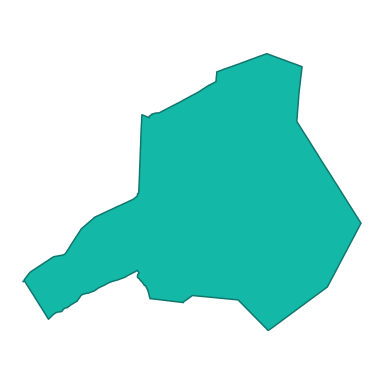 outline of Ooststellingwerf, Friesland, Netherlands
{"feature_id": "6326949B66213394722259", "entity_name": "Ooststellingwerf", "entity_type": "district", "adm_level": 2, "iso_a3": "NLD", "parent_name": "Netherlands", "parent_adm1": "Friesland", "projection": "mercator", "projection_center": [6.224, 52.991], "detail": "fine", "context": "isolated", "style": "filled", "palette": "teal", "viewbox_px": 384, "rotation_deg": 0, "n_neighbors": 0, "source": "geoboundaries", "source_scale": "gbopen_adm2", "svg_char_len": 5024}
<svg xmlns="http://www.w3.org/2000/svg" viewBox="0 0 384 384"><path d="M23.0,281.4L23.2,281.6L23.4,281.4L23.7,281.4L23.8,281.4L24.0,281.3L24.1,281.2L24.5,281.1L24.6,281.3L25.1,281.9L26.9,284.8L27.0,285.0L28.1,286.7L28.2,286.9L32.6,293.8L34.3,296.5L34.7,297.2L44.3,312.5L45.9,315.0L47.0,316.9L48.4,319.1L49.0,318.7L49.5,318.3L49.9,317.9L50.1,317.7L51.2,316.5L51.4,316.4L51.5,316.3L51.8,315.9L52.4,315.3L52.9,314.9L53.9,314.1L54.6,313.6L54.8,313.4L55.1,313.3L55.3,313.1L56.0,312.8L56.9,312.4L57.1,312.3L57.6,312.2L58.3,312.0L60.8,311.7L61.1,311.7L61.6,311.4L62.0,311.2L63.3,309.5L63.6,309.1L63.9,308.8L64.2,308.6L64.4,308.4L64.7,308.3L64.9,308.1L65.4,308.0L65.9,307.9L66.7,307.8L67.0,307.7L67.5,307.5L67.7,307.3L68.5,306.7L69.0,306.4L69.3,306.1L69.8,305.6L70.2,305.3L72.2,304.1L75.8,301.9L76.2,301.6L76.4,301.6L76.7,301.4L77.1,301.1L77.4,300.7L78.2,299.5L78.3,299.4L78.6,299.0L79.0,298.5L80.8,295.8L81.1,295.4L81.4,295.2L81.7,295.0L82.2,294.7L82.6,294.5L82.9,294.4L83.8,294.1L86.7,293.3L86.9,293.3L87.1,293.3L87.8,293.2L88.1,293.2L88.4,293.1L89.5,292.7L91.0,292.1L91.8,291.8L94.3,290.9L94.8,290.6L98.0,288.3L98.6,287.9L99.8,287.3L101.5,286.5L102.0,286.3L102.4,286.1L102.5,286.0L102.8,285.9L105.1,284.8L106.0,284.3L107.5,283.4L108.5,283.0L109.6,282.4L110.8,282.0L111.8,281.6L112.3,281.4L113.5,281.1L117.4,280.0L118.7,279.6L120.4,278.9L121.5,278.5L123.2,277.9L124.1,277.6L125.1,277.2L126.0,276.6L127.0,275.9L128.1,275.3L131.0,273.8L132.9,272.9L133.7,272.5L134.1,272.3L134.8,271.9L135.2,271.7L136.6,270.8L136.9,270.6L137.1,270.4L139.1,272.9L139.0,273.0L138.8,273.2L138.2,274.0L137.7,274.5L137.7,274.8L137.6,275.8L137.4,276.4L137.4,276.7L137.4,276.8L137.4,277.0L137.6,277.2L138.3,278.2L139.0,278.4L139.0,278.5L139.9,279.7L140.1,280.0L140.3,280.3L142.5,282.5L142.8,283.1L143.2,283.6L144.2,285.1L144.3,285.3L144.5,285.5L145.5,285.6L145.7,285.9L146.0,286.5L146.2,286.8L146.5,287.6L146.7,287.9L146.8,288.0L146.9,288.3L147.0,288.3L147.1,288.5L147.2,288.8L147.2,289.0L147.3,289.0L147.6,289.7L147.6,289.8L147.8,290.3L147.8,290.6L147.9,290.8L148.0,291.1L148.2,291.8L148.4,292.4L148.5,292.7L148.7,293.6L149.0,294.4L149.2,295.5L149.3,296.0L149.4,296.3L149.6,297.0L150.0,298.6L160.6,299.8L162.0,300.0L162.9,300.1L163.7,300.2L164.4,300.3L165.5,300.4L166.8,300.6L168.8,300.8L172.1,301.2L173.7,301.4L176.1,301.7L179.6,302.1L183.2,302.6L183.4,302.0L187.9,298.8L192.4,295.5L197.4,296.0L206.1,296.8L217.7,297.9L218.6,298.0L238.1,299.9L268.0,330.3L269.1,330.0L327.3,287.0L337.9,267.0L344.0,255.4L344.2,255.0L361.0,223.2L348.4,203.3L343.8,196.0L336.5,184.3L335.6,183.0L330.2,174.4L327.6,170.3L326.3,168.3L325.1,166.5L318.7,156.3L318.3,155.7L317.9,154.9L313.5,148.0L308.2,139.4L306.7,137.1L304.7,134.0L298.8,124.6L297.5,122.6L296.8,121.4L297.1,117.6L297.9,107.0L298.3,102.7L298.4,100.8L299.1,92.0L299.7,86.7L300.3,81.7L300.4,80.8L300.5,80.3L300.6,78.9L300.9,76.8L300.9,76.7L301.8,69.0L302.0,66.7L296.5,64.6L289.3,62.0L285.8,60.7L266.8,53.7L262.5,55.2L262.4,55.3L258.3,56.7L254.9,58.0L250.9,59.5L249.8,59.8L249.1,60.1L248.4,60.4L245.3,61.6L243.3,62.3L240.8,63.2L239.8,63.6L239.5,63.7L238.3,64.2L237.8,64.3L233.1,66.0L229.8,67.2L224.5,69.0L220.8,70.4L217.9,71.5L216.8,71.9L216.7,73.5L216.6,74.5L216.3,77.4L216.2,79.1L216.1,79.5L216.0,81.7L214.8,82.3L213.2,83.1L210.8,84.4L210.6,84.6L210.1,84.8L210.1,85.1L209.8,85.0L209.5,85.1L209.2,85.1L208.8,85.3L207.7,86.0L205.5,87.5L203.4,88.8L202.5,89.3L202.3,89.4L201.8,90.0L201.4,90.2L197.3,92.7L191.0,96.0L189.0,97.1L188.0,97.6L187.5,97.9L182.5,100.6L182.4,100.8L179.5,102.3L178.2,103.0L177.8,103.1L175.2,104.5L172.7,105.8L171.1,106.6L167.3,108.6L166.7,108.9L159.4,112.7L159.1,112.9L158.9,112.9L158.5,113.0L157.6,112.9L157.2,112.9L156.0,113.1L154.6,113.3L154.0,113.5L153.1,113.8L151.5,114.4L151.4,114.4L151.4,114.6L151.6,114.8L151.4,114.9L149.3,116.2L149.2,117.7L145.7,116.3L144.4,115.7L142.3,114.9L141.9,114.9L141.9,115.5L141.7,118.2L141.6,121.8L141.5,123.2L141.4,124.3L141.4,124.9L140.9,135.5L140.9,137.4L140.8,138.5L140.7,140.7L140.7,142.1L140.6,145.7L140.5,147.5L140.4,148.5L140.4,150.7L140.4,151.3L140.2,155.2L140.1,157.5L140.0,160.6L140.0,161.1L139.9,163.6L139.6,169.9L139.5,174.7L139.4,176.8L139.1,184.3L138.7,193.0L137.5,194.0L137.4,195.1L137.4,195.9L134.9,198.0L134.3,198.5L133.8,198.8L133.2,199.2L132.9,199.4L132.3,199.7L119.2,205.8L118.4,206.1L117.3,206.6L109.5,210.3L96.2,216.5L95.8,216.7L95.2,217.0L94.8,217.2L94.5,217.5L94.1,217.7L93.1,218.7L90.3,221.1L89.2,222.0L88.7,222.5L88.1,223.0L82.4,227.9L81.8,228.4L81.4,228.9L80.9,229.4L80.4,230.3L71.7,243.7L69.9,246.6L68.0,249.7L66.8,251.5L66.2,252.5L65.9,252.8L65.6,253.2L65.5,253.4L65.1,253.7L64.5,254.2L64.1,254.5L63.6,254.7L63.2,254.9L62.7,255.1L62.4,255.1L55.4,256.4L54.3,256.6L53.8,256.8L53.4,256.9L53.2,257.0L52.7,257.3L50.9,258.5L50.6,258.5L50.4,258.9L50.1,259.0L39.3,266.1L33.5,269.9L31.1,271.5L30.6,271.9L30.1,272.4L29.6,272.8L29.4,273.1L28.8,273.8L27.9,274.9L24.2,279.9L24.2,280.0L24.3,280.1L24.5,280.3L24.2,280.8L24.0,281.1L23.9,281.2L23.7,281.3L23.4,281.2L23.2,281.2L23.0,281.4Z" fill="#14b8a6" stroke="#0f766e" stroke-width="1.5"/></svg>